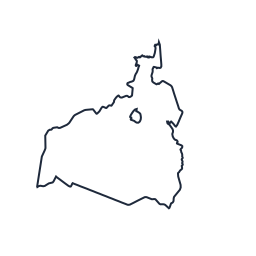 map outline of Tillabéri (Equal Earth projection), rotated 204°
{"feature_id": "NER-4859", "entity_name": "Tillabéri", "entity_type": "Department", "adm_level": 1, "iso_a3": "NER", "parent_name": "Niger", "parent_adm1": "", "projection": "equal_earth", "projection_center": [2.123, 13.809], "detail": "fine", "context": "isolated", "style": "outline", "palette": "slate", "viewbox_px": 256, "rotation_deg": 204, "n_neighbors": 0, "source": "natural_earth", "source_scale": "10m", "svg_char_len": 5598}
<svg xmlns="http://www.w3.org/2000/svg" viewBox="0 0 256 256"><g transform="rotate(204 128 128)"><path d="M150.8,195.0L150.4,195.7L149.5,195.8L149.1,195.9L148.4,195.8L148.1,195.9L147.7,196.3L147.1,197.2L146.8,197.5L146.4,197.6L146.1,197.3L145.7,197.5L145.5,197.8L145.4,198.1L145.3,198.5L145.2,198.9L144.7,199.9L144.4,200.2L143.1,199.7L142.9,199.8L142.4,200.2L142.2,200.3L141.8,200.1L141.6,200.0L140.4,200.5L140.2,200.6L139.9,201.0L139.7,201.2L139.4,201.2L139.2,200.8L139.1,200.6L138.7,200.6L138.4,200.6L138.1,200.7L138.0,201.3L137.8,201.8L137.6,201.7L137.4,201.4L137.1,201.3L136.9,201.5L136.6,202.1L136.1,202.2L135.3,202.2L134.8,202.3L133.9,202.8L133.6,203.6L133.7,204.7L134.0,207.4L135.2,211.9L135.4,212.3L135.7,212.7L136.0,213.1L136.4,213.4L136.7,213.5L137.0,213.7L137.0,214.3L137.0,215.1L136.8,215.2L136.4,215.0L136.0,215.0L135.8,215.4L135.5,216.1L135.3,216.4L135.0,216.5L134.6,216.5L134.3,216.6L134.1,217.2L134.2,217.7L134.6,218.6L134.7,219.0L132.8,217.0L130.0,211.8L127.5,207.1L124.8,202.2L123.3,199.4L122.6,197.8L122.7,196.4L123.3,195.8L125.3,195.2L125.5,195.1L125.7,194.6L126.0,194.4L126.1,194.5L126.4,194.7L126.6,194.8L128.7,194.5L129.3,194.3L129.5,193.8L129.4,192.8L129.4,192.5L129.5,192.0L129.5,191.8L129.4,191.5L129.0,190.8L128.8,190.5L128.5,189.7L128.3,189.1L128.0,186.2L127.9,185.6L127.7,185.0L127.3,184.4L126.7,183.9L126.3,183.5L125.9,183.0L125.8,182.8L125.6,181.8L124.7,180.4L123.3,179.9L119.8,179.5L119.5,179.7L118.9,180.6L118.5,181.0L118.2,180.9L118.0,180.7L117.7,180.8L117.5,181.0L117.3,181.7L116.7,182.9L116.3,183.8L115.9,184.6L115.3,185.1L114.6,185.2L110.1,184.7L106.5,184.3L105.3,183.9L104.3,183.2L101.9,180.5L100.0,178.3L97.1,175.1L96.2,174.1L93.5,171.1L91.4,168.8L89.4,166.5L88.3,165.8L85.8,165.5L84.8,164.8L84.5,164.0L84.4,163.1L84.4,162.3L84.4,159.2L84.3,154.7L84.3,150.7L84.8,148.8L85.6,148.9L88.4,150.4L90.3,151.1L91.1,151.5L91.3,151.4L91.7,149.8L91.8,149.2L92.0,149.0L92.7,149.2L93.3,149.9L93.9,150.3L94.9,149.8L94.2,148.8L93.7,148.3L93.1,148.1L91.6,147.9L91.0,147.6L87.1,145.3L85.9,144.1L85.3,142.7L85.1,140.5L83.7,138.5L81.8,137.0L80.1,136.4L78.8,136.6L78.2,136.5L77.5,136.1L77.0,135.5L77.0,135.2L77.2,134.8L77.1,134.6L77.1,134.2L77.0,133.8L76.7,133.7L72.0,133.9L71.0,133.5L70.6,132.3L70.7,131.6L71.1,130.6L71.3,129.7L71.0,129.3L70.4,128.9L70.0,128.4L69.6,127.7L68.4,126.7L67.9,126.1L67.7,125.8L67.4,125.3L67.1,124.4L66.9,124.0L66.1,123.3L65.9,123.0L65.9,122.5L66.2,121.6L66.2,121.2L65.8,120.7L65.2,120.2L64.6,119.7L64.3,118.9L64.3,118.0L63.9,117.6L63.4,117.3L63.1,116.8L63.1,116.4L63.4,115.7L63.5,115.3L63.3,114.9L63.1,114.7L62.9,114.5L62.7,114.1L62.2,113.3L62.1,112.7L62.2,112.2L63.1,110.4L63.2,109.9L63.4,108.4L63.6,108.0L63.9,107.4L63.9,107.0L63.8,106.7L62.4,104.1L57.3,98.0L56.8,97.4L55.7,95.1L55.5,92.7L57.9,83.9L57.7,82.5L56.7,79.7L56.8,78.4L57.2,77.6L57.7,77.1L58.0,76.5L57.9,75.4L57.7,73.0L57.7,71.8L58.0,71.3L62.7,72.9L63.9,72.9L65.0,72.6L67.3,71.5L68.4,71.5L73.9,74.0L74.4,74.0L75.3,73.7L76.3,73.1L77.4,72.6L82.8,72.4L83.7,72.1L84.6,71.6L87.6,68.0L89.9,65.2L92.7,61.7L95.1,58.8L96.1,58.1L97.2,57.7L99.8,57.6L103.3,57.4L106.7,57.3L110.1,57.1L113.5,57.0L116.9,56.8L120.3,56.7L123.7,56.5L127.1,56.4L130.5,56.2L133.9,56.1L137.3,55.9L140.7,55.8L144.2,55.6L147.6,55.4L151.0,55.3L154.4,55.1L156.1,55.1L156.3,54.4L156.3,52.7L156.4,51.8L156.5,51.3L156.7,51.1L157.3,50.9L158.7,50.9L162.9,51.8L169.5,53.3L173.2,54.1L173.4,54.2L174.0,54.4L174.3,48.9L174.7,47.6L177.8,45.2L180.5,41.2L181.8,40.3L184.6,39.6L185.9,38.6L186.8,37.2L187.2,37.6L195.1,66.9L195.0,73.5L195.1,75.6L195.4,76.5L200.5,87.4L199.8,93.1L198.8,94.6L197.8,95.0L197.5,95.2L197.2,95.6L196.8,97.1L196.4,97.6L195.8,98.1L193.1,99.8L192.8,99.9L191.8,99.8L191.3,99.9L191.0,100.0L190.4,100.3L190.0,100.6L185.1,106.1L184.1,108.0L183.9,108.5L183.7,109.2L182.5,116.4L182.2,117.4L181.6,118.5L175.1,126.5L173.9,127.4L168.0,130.7L167.6,130.8L167.1,130.6L163.4,128.6L162.8,128.3L162.4,128.3L162.0,128.8L161.4,130.3L160.9,131.6L160.4,135.6L160.2,136.3L159.9,137.0L159.4,137.2L158.8,137.3L156.4,137.3L156.1,137.4L155.8,137.6L155.6,138.2L154.8,140.4L154.5,140.9L154.0,141.2L152.9,141.5L152.2,141.7L152.1,142.0L151.9,143.2L151.7,144.3L151.5,145.3L151.4,145.9L151.5,146.1L151.5,146.4L151.8,147.3L151.9,147.5L151.9,147.8L151.5,150.0L151.0,151.9L150.3,153.3L150.1,153.6L149.9,153.8L149.6,153.8L149.4,153.7L149.1,153.5L148.6,153.2L148.4,153.1L147.6,152.9L147.2,152.9L146.0,153.3L142.9,156.5L142.7,156.6L142.3,156.8L142.0,157.0L141.7,157.0L141.3,157.0L140.9,156.9L140.1,156.7L139.9,156.6L139.6,156.7L139.3,156.8L138.9,157.1L138.5,157.5L138.1,158.2L137.8,158.6L137.7,159.0L137.6,159.3L137.6,159.5L137.7,159.8L139.9,166.3L140.0,166.4L145.5,167.1L146.1,167.3L146.5,167.7L146.7,168.5L146.6,168.9L146.5,169.1L145.9,169.6L144.7,171.0L143.7,171.7L143.2,172.2L142.7,172.8L142.4,173.1L142.3,173.4L142.2,173.7L142.2,174.3L142.2,174.9L142.3,175.5L142.9,178.5L142.9,179.1L142.9,179.7L142.9,180.6L142.7,181.7L142.6,183.0L142.8,186.2L143.0,187.1L143.1,187.7L143.1,189.0L143.2,189.5L144.7,189.5L144.9,189.7L145.1,189.7L145.2,189.3L145.2,189.0L145.3,188.7L145.5,188.3L145.6,188.1L146.0,188.0L146.3,188.2L146.5,188.6L146.6,189.3L146.6,190.5L146.8,191.8L147.2,192.9L148.0,193.4L148.7,193.6L150.0,194.6L150.8,195.0ZM125.1,137.0L123.4,136.5L122.0,136.5L120.7,137.1L120.0,138.3L119.8,139.4L119.9,141.1L120.5,142.9L121.4,144.4L122.4,145.8L123.6,146.4L124.9,146.6L126.1,146.8L127.2,146.7L127.4,147.3L127.6,148.1L127.8,148.9L128.6,148.2L129.2,147.6L129.9,145.7L130.3,143.7L130.6,141.7L130.7,140.3L130.6,139.0L130.0,138.6L129.2,138.8L128.8,138.3L128.9,136.9L128.6,136.7L127.0,136.9L125.1,137.0Z" fill="none" stroke="#1e293b" stroke-width="2"/></g></svg>